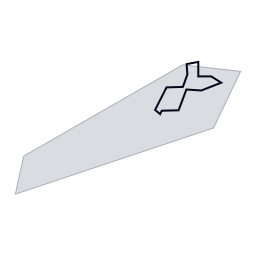 Stoney Ground highlighted on a map of Anguilla
{"feature_id": "AIA-5123", "entity_name": "Stoney Ground", "entity_type": "District", "adm_level": 1, "iso_a3": "AIA", "parent_name": "Anguilla", "parent_adm1": "", "projection": "albers", "projection_center": [-63.024, 18.252], "detail": "fine", "context": "in_parent", "style": "outline", "palette": "ink", "viewbox_px": 256, "rotation_deg": 0, "n_neighbors": 0, "source": "natural_earth", "source_scale": "10m", "svg_char_len": 426}
<svg xmlns="http://www.w3.org/2000/svg" viewBox="0 0 256 256"><path d="M213.6,127.9L15.4,194.1L23.7,156.1L182.7,64.9L240.6,71.4L213.6,127.9Z" fill="#d9dde1" stroke="#a8b0b8" stroke-width="1"/><path d="M186.6,64.1L198.3,61.9L198.3,76.4L211.2,76.4L221.2,82.7L201.3,90.5L186.4,89.5L178.6,110.3L161.8,110.7L160.1,114.1L155.1,109.9L166.5,87.4L182.9,86.9L187.4,74.3L186.6,64.1Z" fill="none" stroke="#020617" stroke-width="2"/></svg>